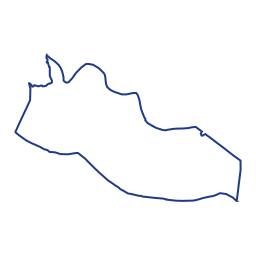 Jimara, Upper River, Gambia
{"feature_id": "56634734B42913132832661", "entity_name": "Jimara", "entity_type": "district", "adm_level": 2, "iso_a3": "GMB", "parent_name": "Gambia", "parent_adm1": "Upper River", "projection": "mercator", "projection_center": [-14.409, 13.327], "detail": "fine", "context": "isolated", "style": "outline", "palette": "blue", "viewbox_px": 256, "rotation_deg": 0, "n_neighbors": 0, "source": "geoboundaries", "source_scale": "gbopen_adm2", "svg_char_len": 3030}
<svg xmlns="http://www.w3.org/2000/svg" viewBox="0 0 256 256"><path d="M195.7,126.9L191.3,127.4L188.2,128.1L182.7,128.5L177.3,128.6L173.1,128.9L168.2,129.7L167.3,129.9L165.0,130.3L162.7,130.0L160.6,129.3L156.4,128.0L153.2,126.4L153.1,126.0L152.0,125.7L150.6,124.8L148.0,123.3L147.0,122.5L146.5,121.7L145.3,120.4L145.3,118.8L144.3,117.3L142.9,113.9L142.4,112.6L141.1,109.1L140.6,106.6L139.9,103.1L139.9,102.3L139.4,100.4L139.2,99.0L138.4,97.0L137.7,95.0L136.2,93.0L135.5,93.0L134.1,92.9L131.0,93.4L128.1,94.1L126.0,94.4L123.4,94.4L121.9,94.4L116.8,92.7L113.2,91.4L112.5,91.0L111.3,90.4L109.0,88.8L107.8,87.5L107.4,87.1L106.8,86.5L106.7,85.3L106.1,84.2L105.7,81.5L105.3,77.0L104.6,74.3L103.6,72.9L99.5,68.8L97.1,67.0L96.5,66.8L93.3,64.9L90.7,64.3L88.0,63.9L86.5,64.0L85.5,64.3L82.1,66.9L81.1,67.7L77.4,71.5L76.2,72.7L74.1,75.5L72.6,77.8L69.7,81.0L68.7,82.1L67.6,82.5L67.1,82.5L66.3,82.5L65.3,82.2L64.6,81.6L64.3,81.4L63.6,80.5L63.5,77.4L63.3,76.0L62.2,71.7L60.8,68.2L58.7,65.0L56.6,63.0L54.3,61.0L50.8,58.7L48.1,56.5L46.8,55.1L46.5,56.2L46.5,58.2L47.6,59.5L47.5,60.0L47.4,60.6L47.2,61.1L47.1,61.5L46.7,61.8L47.0,62.7L48.0,62.7L48.1,63.4L49.1,66.9L49.6,67.0L49.8,68.3L49.8,71.9L49.8,75.6L50.4,77.4L50.9,78.4L51.9,80.7L51.9,82.4L51.6,82.6L50.8,83.3L49.9,83.3L49.5,83.7L48.7,83.7L47.7,84.3L46.0,85.8L42.7,86.4L41.9,85.5L41.2,85.5L39.0,86.2L37.8,86.2L34.4,85.2L33.5,86.2L33.2,86.5L32.2,86.5L31.7,85.4L30.1,83.7L29.8,83.6L29.2,83.3L29.1,83.7L30.4,88.4L30.1,100.1L27.5,105.9L24.7,111.8L21.4,118.8L16.3,130.0L15.4,131.8L15.9,132.7L19.6,135.7L21.5,137.0L23.2,138.3L23.4,138.4L24.1,138.9L26.2,140.4L27.6,141.1L29.3,142.0L31.4,143.1L33.4,144.0L34.0,144.2L34.7,144.5L38.7,146.3L39.3,146.5L44.3,149.3L47.5,150.1L48.7,151.3L49.6,151.8L49.9,152.0L50.7,152.0L55.3,152.4L60.4,154.1L64.6,154.2L67.8,154.3L77.0,152.9L78.3,153.2L80.3,154.8L82.0,156.2L85.0,158.5L88.4,162.0L89.4,163.0L95.9,169.5L97.3,170.5L97.8,171.4L99.1,172.5L106.0,178.6L108.7,181.0L110.1,181.7L112.3,183.3L113.5,184.1L115.8,185.8L118.2,187.1L119.6,188.5L120.3,189.1L122.9,190.5L128.1,193.5L130.2,193.8L131.2,194.0L132.7,194.3L133.7,194.6L139.0,195.8L141.1,195.9L142.8,196.6L146.9,197.0L151.2,197.5L154.8,197.9L163.3,198.6L166.0,199.3L166.3,199.3L166.3,199.6L176.1,200.7L184.6,200.9L184.9,200.7L186.3,200.8L188.9,200.7L189.0,200.7L189.3,200.7L190.5,200.7L191.5,200.7L192.4,200.7L192.7,200.6L194.3,200.4L195.3,200.2L195.7,200.2L195.9,200.1L196.1,200.1L197.3,199.7L197.5,199.7L198.0,199.5L200.1,199.0L201.1,198.6L202.4,198.2L210.4,196.4L211.4,196.4L215.1,195.4L220.0,193.2L221.2,193.3L222.3,193.5L225.3,193.9L225.8,194.0L226.1,194.0L231.2,196.7L232.8,197.5L236.4,200.9L236.8,200.9L236.7,200.8L237.6,194.1L238.6,185.7L238.8,184.0L238.9,183.1L239.3,180.4L239.3,180.0L240.1,174.0L240.6,169.6L240.5,160.6L240.1,160.3L240.0,160.2L236.6,157.8L233.3,155.4L225.2,149.1L219.3,144.6L213.8,140.4L209.6,137.2L208.4,136.4L206.3,134.8L205.4,134.1L203.9,134.8L202.5,135.7L201.5,135.5L200.8,133.5L201.6,132.3L201.9,131.5L200.5,130.5L195.7,126.9Z" fill="none" stroke="#1e3a8a" stroke-width="2"/></svg>